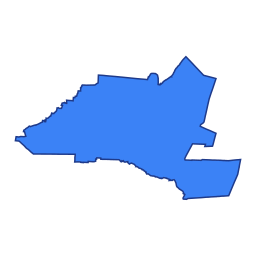 Noria de Ángeles, Zacatecas, Mexico
{"feature_id": "50627088B97712252064596", "entity_name": "Noria de Ángeles", "entity_type": "district", "adm_level": 2, "iso_a3": "MEX", "parent_name": "Mexico", "parent_adm1": "Zacatecas", "projection": "mercator", "projection_center": [-101.924, 22.398], "detail": "fine", "context": "isolated", "style": "filled", "palette": "blue", "viewbox_px": 256, "rotation_deg": 0, "n_neighbors": 0, "source": "geoboundaries", "source_scale": "gbopen_adm2", "svg_char_len": 5547}
<svg xmlns="http://www.w3.org/2000/svg" viewBox="0 0 256 256"><path d="M215.1,78.3L203.6,75.3L196.2,67.5L195.6,66.9L194.5,65.7L194.0,65.2L193.4,64.5L189.6,60.5L189.3,60.2L188.2,59.1L188.0,58.8L187.7,58.6L187.0,57.8L185.9,56.7L183.1,59.6L182.2,60.7L180.6,63.0L180.0,63.6L179.9,64.2L179.7,64.5L179.4,64.9L178.7,65.5L177.8,66.3L177.5,66.7L177.1,67.4L176.6,68.0L176.2,68.2L175.9,68.6L175.7,68.9L175.5,69.4L175.2,69.7L175.0,70.0L174.9,70.3L174.6,71.0L174.5,71.5L174.3,71.8L174.1,72.1L173.8,72.5L173.5,73.2L173.0,74.3L172.5,74.9L171.9,75.7L171.4,76.2L171.5,76.7L170.9,76.5L170.0,77.2L169.7,77.4L169.2,77.6L169.0,78.0L168.7,78.2L168.2,78.5L167.7,78.8L167.4,79.0L167.0,79.3L166.6,79.6L166.3,79.8L165.9,80.0L165.8,79.9L163.9,81.2L163.9,81.3L162.5,82.5L162.6,82.8L162.0,83.3L161.2,84.0L160.2,84.7L160.1,84.3L160.1,84.0L159.5,84.6L159.2,84.5L158.9,84.7L158.7,84.6L158.1,84.5L158.1,84.1L158.2,83.7L158.2,83.0L158.3,82.1L158.2,81.1L158.2,79.5L158.2,78.3L157.5,75.1L155.6,73.6L153.5,73.4L151.9,73.4L151.1,73.6L150.5,74.1L149.9,75.3L148.9,76.9L148.5,77.3L148.3,77.1L148.1,77.7L147.5,79.6L147.1,79.6L146.5,79.5L145.7,79.4L137.3,78.7L122.4,77.2L120.2,77.0L115.2,76.5L110.4,76.1L106.9,75.8L103.2,75.4L98.4,75.1L98.1,82.9L96.8,83.6L94.9,85.0L86.5,85.2L84.6,85.1L83.9,85.1L82.9,85.0L82.3,85.0L82.2,85.1L81.8,86.3L81.6,86.2L80.9,88.1L80.6,88.0L80.6,89.5L80.6,91.0L78.2,90.9L77.7,93.5L77.4,93.6L77.1,94.4L77.1,94.5L76.7,96.1L76.4,96.2L76.3,96.3L75.3,96.2L74.8,97.7L73.4,97.5L73.1,100.8L71.5,100.6L69.9,100.5L69.3,100.5L66.6,100.2L66.7,103.4L66.2,103.4L65.6,103.1L65.1,103.0L65.1,102.8L64.5,102.8L64.4,102.5L63.7,102.8L63.2,102.9L62.3,103.1L62.2,103.1L61.3,105.3L62.5,105.5L61.6,108.1L61.4,108.4L61.0,108.3L60.6,108.3L60.3,108.4L59.2,108.3L58.6,108.0L58.3,107.7L57.7,108.0L57.1,107.9L56.7,110.2L56.5,110.7L56.4,110.7L56.2,111.3L54.9,112.3L54.9,112.5L53.8,113.2L53.8,113.5L52.5,113.6L52.6,113.3L52.3,113.2L51.9,113.2L51.7,113.1L50.7,116.1L50.3,116.0L47.8,118.3L47.7,118.3L46.1,118.3L46.3,119.2L46.2,119.0L45.6,121.7L44.6,121.6L44.8,120.1L43.7,120.7L42.6,120.5L42.4,122.1L41.4,122.4L38.2,124.1L36.7,124.7L36.0,125.1L35.9,124.9L34.1,125.3L31.8,126.1L31.0,126.4L30.8,126.4L30.6,126.6L29.5,126.1L29.1,126.3L28.9,126.4L28.7,126.5L28.5,126.9L27.3,127.8L26.6,128.1L25.8,128.7L25.3,129.3L24.7,129.7L23.8,130.2L23.5,131.6L24.5,131.7L25.8,136.3L24.0,136.7L20.8,136.5L19.2,136.9L18.7,137.0L17.4,136.8L16.1,136.7L15.4,140.7L18.4,141.0L18.9,141.1L19.3,141.3L19.9,141.8L21.9,143.7L23.4,145.0L24.9,146.4L25.6,147.1L25.3,147.0L26.1,147.9L26.8,148.5L28.2,149.4L29.5,150.6L31.5,152.5L32.5,153.2L33.4,154.0L36.5,154.0L38.0,154.0L54.6,154.1L60.0,154.2L66.4,154.2L75.2,154.3L75.2,155.1L75.1,156.2L74.9,157.1L74.9,160.1L74.7,162.0L77.6,161.9L78.5,161.9L79.3,161.9L80.7,162.0L80.7,162.3L80.9,162.3L81.2,162.4L82.0,162.4L82.0,162.5L83.3,162.6L83.3,162.3L88.1,162.5L88.2,161.4L92.2,161.7L94.2,161.7L94.6,161.5L95.1,161.3L95.6,161.3L95.7,160.5L95.7,159.1L96.6,159.1L96.7,157.9L97.0,157.8L99.4,158.0L100.8,158.1L100.8,159.2L102.4,159.3L103.8,159.3L104.7,159.3L104.9,159.3L109.3,159.4L110.6,159.5L110.8,159.5L118.9,159.7L119.5,160.0L120.1,160.6L120.5,161.4L121.2,161.8L121.8,160.9L122.2,161.3L122.4,161.2L122.5,161.3L122.7,161.2L122.8,161.3L123.0,161.2L122.8,160.9L123.2,160.7L123.3,160.9L123.5,160.9L123.7,161.4L124.3,161.8L124.3,162.0L125.3,162.1L126.9,161.6L127.5,161.6L127.2,162.0L129.4,164.1L130.3,163.5L131.5,163.1L134.4,164.4L136.1,166.5L136.2,166.4L136.3,166.4L136.5,166.5L136.4,166.6L136.8,166.6L137.0,166.6L137.4,166.7L137.5,166.8L139.0,168.1L140.2,168.4L140.9,168.6L141.0,168.7L141.3,168.9L141.6,169.1L142.1,169.7L142.3,169.4L142.7,169.6L143.0,169.8L143.3,169.9L144.2,170.7L144.2,171.0L145.1,171.4L145.5,171.9L146.1,172.1L145.9,172.7L146.3,173.0L146.7,174.0L148.2,173.9L149.1,174.5L150.5,175.6L151.1,175.8L151.6,175.8L152.1,175.9L152.5,176.0L153.2,176.1L153.6,176.0L154.0,176.1L154.4,176.2L154.7,176.3L155.1,176.4L155.2,176.5L155.3,176.9L156.8,176.9L160.2,178.4L160.7,178.1L160.8,178.1L161.4,178.4L161.4,178.2L162.3,178.3L163.0,178.0L163.5,177.6L166.4,178.1L166.3,178.3L169.8,179.5L169.2,180.5L170.6,180.4L172.2,180.4L172.2,180.1L172.6,180.0L174.1,179.7L174.8,180.6L175.1,181.1L175.4,181.8L175.9,182.9L176.1,183.7L176.3,184.9L176.6,186.1L177.2,187.1L178.2,187.8L178.8,188.5L179.7,189.3L180.3,189.5L181.0,190.1L181.9,190.6L183.0,191.4L183.1,191.8L183.6,193.0L183.2,193.5L183.4,193.8L184.1,194.0L184.4,194.2L184.8,194.4L184.7,194.8L183.0,198.1L183.3,199.1L186.6,199.3L187.8,198.5L190.5,198.3L201.8,197.6L204.1,197.4L206.1,197.2L207.0,197.2L207.9,197.1L208.8,197.1L211.0,196.9L216.8,196.6L217.0,196.5L219.6,196.4L220.1,196.3L222.1,196.1L223.6,196.1L227.6,195.8L228.7,195.7L231.1,189.9L234.2,182.5L234.4,182.0L235.4,179.8L236.7,176.8L237.7,174.4L237.9,173.5L238.4,170.9L239.0,167.9L239.1,167.6L239.5,165.0L240.6,159.5L239.4,159.6L239.0,159.7L237.4,159.8L234.9,160.0L228.7,160.7L225.1,160.6L224.9,160.5L223.2,160.5L221.8,160.4L220.8,160.3L219.6,160.3L218.8,160.2L216.8,160.2L215.2,160.1L212.7,160.1L209.5,159.9L202.2,159.6L201.3,160.3L200.5,160.3L197.2,160.2L191.9,160.0L191.8,160.3L188.5,160.1L185.1,160.0L184.7,158.9L185.2,157.6L186.0,155.9L190.7,147.2L192.5,143.8L194.4,143.9L199.6,144.1L199.9,144.1L205.5,144.3L204.8,146.5L212.5,146.2L212.6,145.8L213.0,144.7L213.9,141.2L214.7,138.1L215.2,136.2L215.4,135.5L216.0,133.3L209.7,130.5L206.3,129.1L200.2,126.3L200.6,124.7L203.0,123.1L203.7,122.3L204.0,121.9L204.7,118.9L205.3,115.9L205.7,114.3L207.0,108.5L207.6,105.7L209.1,99.2L209.3,98.5L211.0,93.3L212.4,89.4L216.0,78.6L215.1,78.3Z" fill="#3b82f6" stroke="#1e3a8a" stroke-width="1.5"/></svg>